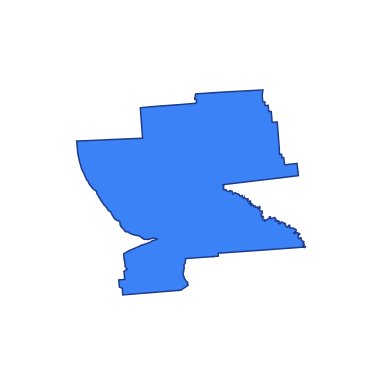 Pilar, Buenos Aires, Argentina, rotated 118°
{"feature_id": "61730980B18176537921134", "entity_name": "Pilar", "entity_type": "district", "adm_level": 2, "iso_a3": "ARG", "parent_name": "Argentina", "parent_adm1": "Buenos Aires", "projection": "albers", "projection_center": [-58.875, -34.443], "detail": "fine", "context": "isolated", "style": "filled", "palette": "blue", "viewbox_px": 384, "rotation_deg": 118, "n_neighbors": 0, "source": "geoboundaries", "source_scale": "gbopen_adm2", "svg_char_len": 5998}
<svg xmlns="http://www.w3.org/2000/svg" viewBox="0 0 384 384"><g transform="rotate(118 192 192)"><path d="M278.7,223.3L283.7,220.1L283.5,219.7L289.2,216.0L290.6,213.6L290.0,212.7L294.2,214.9L294.4,214.5L300.8,210.4L304.0,215.4L310.0,211.5L309.8,208.2L315.4,204.9L283.9,155.7L275.6,151.4L275.9,151.8L275.9,152.0L275.5,152.2L275.3,152.7L274.6,153.2L274.0,153.3L273.8,153.4L273.5,154.6L273.5,154.8L273.0,156.3L272.5,156.8L272.5,157.0L272.5,157.5L271.5,158.7L271.1,158.8L268.5,161.6L268.1,161.8L267.2,161.7L266.5,162.0L266.1,162.0L265.8,162.4L265.6,162.4L264.8,162.5L264.4,162.8L263.6,162.9L261.7,163.8L261.1,164.4L260.2,164.8L259.0,164.9L257.5,164.6L256.8,165.2L255.2,165.9L254.2,166.0L253.8,166.4L239.3,143.4L239.5,143.2L238.0,141.4L236.3,138.7L233.8,140.2L206.1,95.9L188.8,68.4L188.6,68.4L188.3,66.8L188.1,66.5L187.7,66.2L187.0,66.2L186.9,66.5L187.2,67.4L187.8,68.2L187.9,68.7L187.8,68.8L187.5,68.9L186.6,68.3L185.8,68.2L185.4,68.4L185.5,68.7L185.9,69.0L186.0,69.3L185.9,69.6L184.9,70.1L183.7,69.7L183.5,69.8L183.2,70.0L183.2,70.4L183.7,71.3L183.6,71.8L182.9,73.0L181.7,73.7L181.3,74.2L181.5,74.7L181.8,75.0L182.9,75.1L183.0,75.3L183.0,75.8L182.6,76.4L182.4,77.1L181.8,77.3L180.9,77.2L180.2,78.2L179.9,78.2L179.5,77.6L179.0,77.1L178.5,77.1L178.3,77.2L178.2,77.4L178.1,77.7L178.8,79.1L178.4,80.2L178.5,80.4L178.8,80.8L180.1,81.4L180.5,81.8L180.6,82.3L180.4,82.9L180.1,82.9L179.0,82.2L177.4,81.9L176.8,82.0L176.5,82.3L176.3,84.2L176.2,84.8L176.4,85.5L176.9,86.6L177.0,87.3L177.6,88.7L177.6,89.1L177.2,89.4L176.0,89.5L175.6,90.1L175.6,90.5L175.7,90.8L176.1,90.9L178.0,91.1L178.4,91.4L178.6,91.9L178.5,92.2L177.9,92.9L177.2,94.2L176.2,94.7L175.9,95.3L176.0,95.7L176.6,95.9L176.7,96.0L176.3,97.5L176.4,98.7L176.6,99.2L178.4,99.2L178.7,99.4L179.1,99.9L179.1,100.3L178.9,100.9L178.6,101.1L177.5,100.9L177.2,100.9L177.0,101.1L177.1,101.4L177.5,101.7L177.5,102.0L176.9,102.6L177.0,103.0L177.8,103.2L178.3,103.8L178.4,104.0L178.4,104.7L178.1,105.1L177.1,104.8L176.6,105.2L175.9,106.5L175.8,107.0L175.8,107.3L176.9,108.0L177.3,108.6L178.4,109.7L178.4,110.0L177.3,110.9L177.1,111.3L177.3,111.8L177.7,111.9L178.7,111.2L179.0,111.2L179.3,112.0L180.3,112.3L181.5,113.0L183.3,113.9L183.6,114.1L183.6,114.3L183.4,114.7L183.2,114.8L182.7,114.6L182.3,114.9L182.4,115.2L183.0,115.7L183.2,116.2L182.5,117.0L182.4,117.6L181.9,117.8L181.2,117.2L180.8,117.1L180.6,117.2L180.3,117.9L180.2,118.2L180.2,118.4L180.8,119.4L180.7,119.7L180.5,120.0L179.1,120.7L178.7,120.5L178.2,120.0L178.0,119.9L176.1,120.9L175.9,121.3L176.5,122.0L176.7,122.6L176.5,123.5L176.1,124.1L174.0,124.5L173.5,124.9L173.1,125.6L173.4,125.8L173.8,125.8L175.3,125.6L175.6,125.9L175.5,126.4L174.8,127.0L174.7,127.2L174.7,127.5L175.3,128.0L175.5,128.4L175.4,128.8L174.8,129.4L174.9,129.8L175.8,129.9L175.9,130.0L175.9,130.4L175.8,130.6L175.0,131.0L174.8,131.3L174.8,131.6L175.2,132.3L175.9,132.8L176.1,133.1L176.1,133.7L176.0,134.0L175.6,134.2L174.9,133.6L174.5,133.6L174.2,133.8L174.3,134.2L175.5,135.3L175.7,135.9L175.5,136.1L175.1,136.2L174.7,135.3L174.2,135.2L173.8,135.3L172.7,136.0L172.5,136.4L172.8,136.8L173.7,137.5L174.2,138.4L174.2,138.7L174.0,138.9L173.7,139.0L172.6,138.9L172.0,139.0L171.8,139.2L171.8,139.4L171.8,139.7L172.5,140.1L172.7,140.4L172.6,141.2L172.9,142.0L172.7,142.6L172.0,143.2L172.7,143.2L173.1,143.5L173.3,144.2L173.0,145.1L172.7,145.3L171.4,145.6L171.4,146.0L172.6,146.8L172.9,147.1L173.0,147.3L172.7,148.7L172.1,149.1L172.0,149.5L172.4,150.2L172.1,151.2L172.5,151.7L172.5,152.3L172.4,153.4L172.5,153.8L172.8,154.2L173.9,154.4L174.4,154.9L174.5,155.2L174.2,155.6L172.5,156.9L172.5,157.4L173.0,157.8L173.1,158.1L172.8,158.6L172.8,159.0L173.9,159.6L174.4,160.2L174.8,161.0L174.9,162.1L174.1,162.9L173.9,163.3L174.2,163.7L175.1,164.4L175.1,165.0L174.6,165.8L174.4,165.9L173.6,165.8L173.2,166.1L172.7,166.7L172.5,166.8L171.7,166.7L171.6,166.8L171.4,167.1L171.6,167.8L171.5,168.0L170.9,168.0L127.6,105.7L117.5,112.7L124.5,122.9L118.6,127.2L119.6,128.6L116.6,130.6L117.6,132.4L113.3,135.0L113.1,135.0L90.2,149.6L92.9,153.9L83.7,159.8L84.9,162.0L79.7,165.4L81.4,168.0L78.3,170.1L79.2,171.8L73.6,175.4L68.6,177.3L89.2,211.5L103.6,234.7L104.9,234.6L106.5,233.7L107.6,233.8L108.2,233.6L108.9,232.9L108.9,232.5L108.5,232.0L108.5,231.8L109.0,231.2L110.2,230.3L111.8,230.2L121.0,244.5L133.8,264.9L141.9,277.2L167.7,260.9L201.2,317.8L211.7,310.8L217.7,305.8L223.7,300.0L227.0,295.3L230.9,290.5L230.9,290.3L230.8,290.1L230.8,289.8L231.1,289.2L231.3,288.8L232.3,287.8L232.8,286.9L233.4,286.2L233.5,285.7L233.9,285.1L234.3,283.8L234.8,282.9L235.7,280.7L235.9,279.8L235.9,279.2L236.2,277.2L236.1,276.8L236.2,276.5L237.0,276.1L237.9,275.4L238.3,274.6L238.7,274.2L239.2,273.0L240.2,272.1L240.5,271.0L241.6,269.2L242.4,268.1L242.5,267.8L242.4,267.6L243.2,266.7L243.2,266.4L243.5,265.8L243.5,265.6L243.9,265.1L243.8,264.9L244.4,264.1L244.7,263.9L244.6,263.2L244.9,262.8L244.9,262.1L245.4,261.6L245.5,261.3L245.5,260.8L245.8,260.3L245.9,259.9L246.5,259.2L247.3,257.6L247.6,256.7L247.7,255.9L247.7,254.8L247.9,254.0L248.9,253.0L249.6,251.6L249.9,251.5L250.0,251.1L250.3,250.7L250.5,250.2L250.9,249.8L251.5,248.7L251.6,248.0L252.0,247.6L252.4,245.2L252.0,243.5L251.9,242.7L251.7,242.3L251.8,242.1L253.0,241.1L253.8,240.6L254.1,240.3L254.7,240.1L254.6,239.6L254.9,239.1L255.4,239.1L255.7,238.7L255.9,238.0L256.4,237.5L256.5,236.5L256.8,235.6L257.2,234.8L257.6,233.8L257.6,233.4L257.8,233.0L258.3,232.5L258.3,232.3L257.9,231.5L258.0,230.8L257.6,230.6L257.3,230.1L257.3,229.0L257.6,228.2L257.6,226.7L257.4,225.6L257.5,224.8L257.3,224.5L257.1,223.0L256.8,222.4L256.7,221.6L256.3,221.3L256.4,220.6L256.1,219.9L256.1,219.7L255.9,218.9L255.5,218.7L255.4,218.4L255.4,217.9L255.6,217.5L255.7,216.3L256.1,214.6L255.8,214.1L256.0,213.7L255.9,213.2L256.3,212.6L256.3,212.2L255.4,210.3L254.7,209.3L254.6,208.6L254.1,208.0L253.7,207.4L252.5,206.6L252.0,205.7L250.9,204.6L250.3,203.6L250.2,201.1L250.1,200.6L250.4,200.7L253.8,204.3L255.2,204.8L260.4,209.3L263.0,212.0L264.3,212.7L273.4,220.1L278.7,223.3Z" fill="#3b82f6" stroke="#1e3a8a" stroke-width="1.5"/></g></svg>